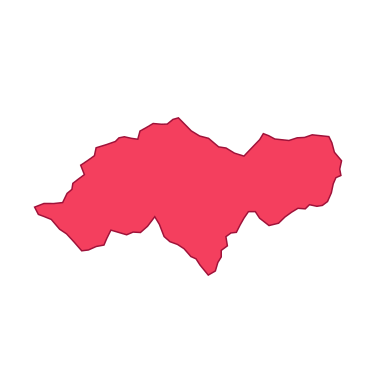 the district of Nova Luzitânia, São Paulo, Brazil, rotated 334°
{"feature_id": "56859067B29244160161724", "entity_name": "Nova Luzitânia", "entity_type": "district", "adm_level": 2, "iso_a3": "BRA", "parent_name": "Brazil", "parent_adm1": "São Paulo", "projection": "equal_earth", "projection_center": [-50.251, -20.87], "detail": "fine", "context": "isolated", "style": "filled", "palette": "rose", "viewbox_px": 384, "rotation_deg": 334, "n_neighbors": 0, "source": "geoboundaries", "source_scale": "gbopen_adm2", "svg_char_len": 1364}
<svg xmlns="http://www.w3.org/2000/svg" viewBox="0 0 384 384"><g transform="rotate(334 192 192)"><path d="M125.2,110.2L120.2,116.6L111.9,118.0L103.7,119.1L102.9,129.2L95.4,130.6L88.7,132.0L85.2,137.0L79.1,138.5L71.1,144.8L62.8,141.8L53.8,137.4L43.9,136.6L44.1,144.8L48.4,149.3L53.5,155.0L56.7,167.4L60.9,174.6L64.1,185.3L67.1,196.5L73.5,198.7L82.1,199.0L89.6,201.1L94.9,196.5L102.4,190.7L114.5,201.8L121.5,202.2L127.9,205.8L137.0,203.3L147.7,197.9L148.5,206.8L147.4,219.8L150.4,227.0L156.0,232.8L160.0,239.5L162.7,249.5L166.3,253.8L167.2,261.2L170.2,273.8L178.4,273.2L184.3,266.7L189.8,263.2L192.7,257.3L200.2,255.9L202.9,247.0L209.1,245.9L214.2,247.7L220.8,242.7L227.2,238.3L234.1,234.4L240.3,237.4L241.3,245.2L246.5,255.9L256.1,258.0L264.6,255.2L272.6,253.8L280.1,253.1L286.4,256.8L292.0,254.9L298.0,259.6L303.3,261.2L309.6,260.0L316.9,253.8L322.5,246.6L327.6,242.2L333.1,242.4L334.8,236.2L340.1,229.5L337.4,218.7L339.3,209.0L339.3,202.2L325.1,193.3L317.1,192.3L310.3,189.4L301.7,188.2L289.7,180.7L285.6,175.0L281.7,170.8L275.8,174.6L261.9,179.7L254.4,182.5L247.2,175.7L241.9,167.4L235.7,163.1L230.4,151.0L223.4,145.0L218.1,136.7L212.3,119.4L206.7,118.4L199.5,120.1L194.4,117.8L187.1,113.4L178.4,114.1L172.0,114.4L166.4,120.8L161.2,117.3L155.4,112.7L150.1,111.3L145.3,113.0L135.9,111.9L125.2,110.2Z" fill="#f43f5e" stroke="#9f1239" stroke-width="1.5"/></g></svg>